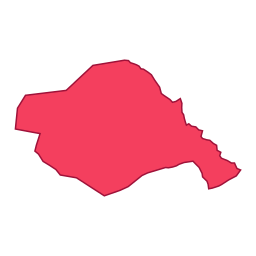 the district of São João do Sabugi, Rio Grande do Norte, Brazil
{"feature_id": "56859067B32644205381825", "entity_name": "São João do Sabugi", "entity_type": "district", "adm_level": 2, "iso_a3": "BRA", "parent_name": "Brazil", "parent_adm1": "Rio Grande do Norte", "projection": "robinson", "projection_center": [-37.136, -6.688], "detail": "fine", "context": "isolated", "style": "filled", "palette": "rose", "viewbox_px": 256, "rotation_deg": 0, "n_neighbors": 0, "source": "geoboundaries", "source_scale": "gbopen_adm2", "svg_char_len": 1139}
<svg xmlns="http://www.w3.org/2000/svg" viewBox="0 0 256 256"><path d="M92.9,65.4L66.2,90.4L25.5,95.3L17.5,108.2L15.4,129.0L28.1,131.4L40.1,133.6L36.4,145.1L34.9,151.1L38.5,154.1L43.1,161.4L49.7,165.4L55.9,169.5L60.3,175.0L76.5,177.8L104.3,195.8L119.9,190.4L128.2,186.6L142.0,175.5L147.6,172.9L165.6,167.5L168.4,167.8L172.7,167.0L176.5,165.8L179.0,164.3L184.1,162.5L193.0,161.2L195.5,163.8L199.1,167.4L202.1,173.4L202.6,176.9L207.0,181.2L208.1,184.3L208.7,188.8L212.3,188.1L218.8,186.0L221.6,184.5L228.7,179.9L236.3,175.9L240.6,170.0L237.0,168.5L235.6,165.6L234.5,163.0L231.4,163.0L227.6,160.7L221.4,158.2L219.7,155.7L220.8,152.3L217.1,150.3L216.6,145.3L213.4,143.5L209.8,140.3L206.7,139.8L202.5,138.5L201.0,136.5L202.5,130.8L198.7,129.9L195.8,126.9L191.5,126.2L188.8,123.8L186.4,125.1L185.4,122.2L184.3,118.3L183.6,114.7L182.0,112.4L181.7,107.6L181.9,103.3L180.3,98.6L176.0,101.4L172.5,102.3L169.9,99.5L167.4,97.8L163.8,95.4L161.3,93.5L159.6,87.2L154.7,80.2L151.4,74.8L148.7,72.7L143.5,69.2L140.9,68.8L139.1,66.2L136.7,64.9L134.1,63.9L130.4,62.7L128.5,60.6L124.5,60.2L92.9,65.4Z" fill="#f43f5e" stroke="#9f1239" stroke-width="1.5"/></svg>